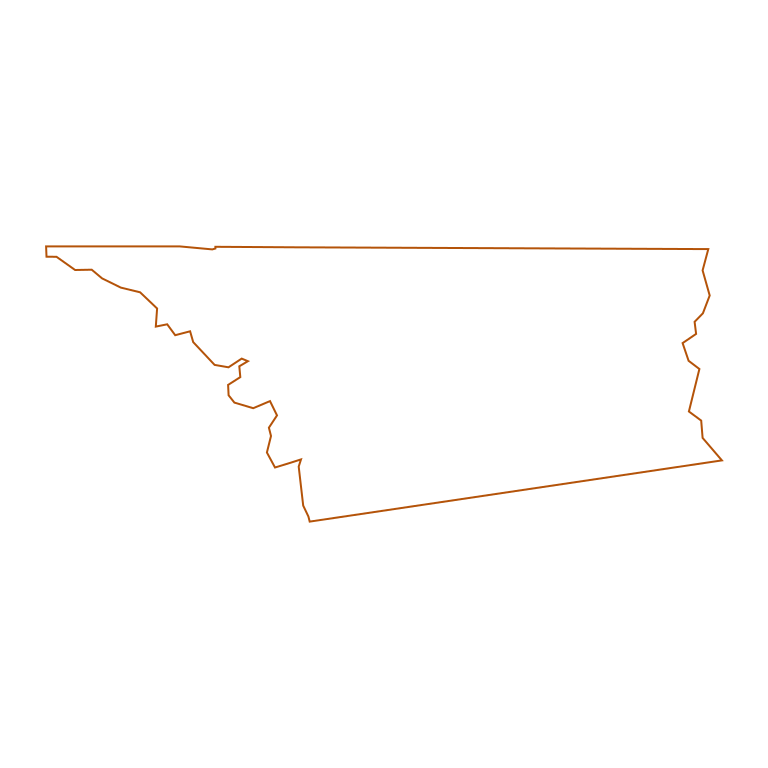 Henderson, Texas, United States of America (Mercator projection)
{"feature_id": "52423323B59303088288262", "entity_name": "Henderson", "entity_type": "district", "adm_level": 2, "iso_a3": "USA", "parent_name": "United States of America", "parent_adm1": "Texas", "projection": "mercator", "projection_center": [-96.032, 32.182], "detail": "fine", "context": "isolated", "style": "outline", "palette": "amber", "viewbox_px": 768, "rotation_deg": 0, "n_neighbors": 0, "source": "geoboundaries", "source_scale": "gbopen_adm2", "svg_char_len": 781}
<svg xmlns="http://www.w3.org/2000/svg" viewBox="0 0 768 768"><path d="M46.1,246.4L46.5,256.7L56.5,256.8L75.1,270.0L91.7,269.7L102.1,278.4L120.8,287.6L140.1,292.3L157.1,308.5L155.8,326.6L167.2,324.3L175.2,335.2L190.1,331.3L193.2,342.1L214.6,364.9L228.5,367.3L241.7,358.6L247.9,361.2L239.3,366.3L240.3,377.1L228.1,384.9L228.6,395.3L234.4,402.6L253.2,408.2L270.0,401.1L277.0,415.4L268.9,427.7L271.0,436.0L266.9,452.5L275.0,467.5L290.7,462.7L301.0,459.4L298.7,466.6L303.2,505.6L308.4,516.5L309.7,521.6L721.9,460.4L702.6,437.9L701.2,420.6L688.9,411.5L699.4,369.0L688.6,360.8L682.6,343.1L696.1,333.9L694.6,321.8L702.9,313.3L709.7,295.5L702.6,270.4L708.3,249.1L294.5,247.3L215.4,246.8L215.4,248.5L212.3,249.4L179.7,246.4L46.1,246.4Z" fill="none" stroke="#b45309" stroke-width="2"/></svg>